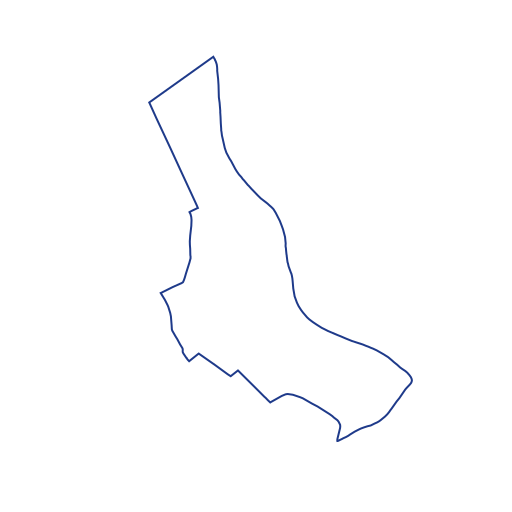 Lunca, Olt, Romania (Albers equal-area conic projection), rotated 250°
{"feature_id": "2599482B1586311708085", "entity_name": "Lunca", "entity_type": "district", "adm_level": 2, "iso_a3": "ROU", "parent_name": "Romania", "parent_adm1": "Olt", "projection": "albers", "projection_center": [24.698, 43.826], "detail": "fine", "context": "isolated", "style": "outline", "palette": "blue", "viewbox_px": 512, "rotation_deg": 250, "n_neighbors": 0, "source": "geoboundaries", "source_scale": "gbopen_adm2", "svg_char_len": 2837}
<svg xmlns="http://www.w3.org/2000/svg" viewBox="0 0 512 512"><g transform="rotate(250 256 256)"><path d="M457.8,284.0L436.8,208.2L419.7,209.5L387.0,212.4L362.7,214.4L333.1,216.9L323.4,217.7L321.0,217.8L321.0,217.3L320.4,211.1L320.0,208.5L319.9,208.5L317.8,208.8L314.8,208.5L311.8,207.7L306.4,205.5L297.8,201.2L292.4,198.8L289.1,197.7L285.2,196.6L279.3,194.6L277.8,194.3L276.0,193.6L275.2,193.0L272.6,191.2L263.5,184.2L260.2,181.8L258.2,180.2L256.5,178.6L256.3,178.3L256.0,176.9L255.3,167.2L253.8,153.8L245.9,155.4L240.1,156.1L238.3,156.2L231.8,155.9L228.4,155.4L219.7,153.0L216.4,152.0L215.6,151.8L214.3,151.8L208.0,152.9L204.7,153.6L199.0,154.4L194.7,155.3L193.8,155.3L193.0,155.1L190.9,154.3L189.4,154.4L184.5,155.6L184.0,155.9L183.8,155.8L183.2,156.0L181.8,156.4L181.2,156.7L180.0,157.2L183.6,167.8L183.9,168.8L167.6,180.2L154.5,189.0L151.7,191.1L154.6,199.9L154.4,200.0L133.2,210.0L120.7,215.8L119.5,216.5L116.5,217.8L113.5,219.3L113.7,220.2L115.7,232.4L115.9,236.4L115.6,238.2L115.2,239.1L113.0,243.2L108.2,249.2L106.3,251.3L98.2,258.1L93.5,262.4L83.5,270.1L82.2,271.1L79.4,273.0L77.6,273.9L73.9,276.3L72.2,276.9L69.8,277.2L68.5,277.3L67.1,276.9L65.6,276.2L56.5,270.1L55.2,269.4L54.3,269.2L54.2,269.5L54.7,274.6L54.9,275.6L55.1,278.6L55.5,281.2L56.1,283.4L57.2,288.7L57.8,293.5L58.0,295.7L58.0,299.1L57.9,302.0L57.9,302.4L57.5,305.8L58.0,310.1L58.2,313.0L58.6,315.2L59.1,316.9L61.0,322.3L62.4,325.3L63.9,327.8L65.2,329.6L66.2,331.2L71.2,338.4L73.4,342.1L79.5,350.6L80.5,352.4L82.6,356.6L83.5,358.1L84.0,358.7L85.0,359.5L85.9,360.0L87.3,360.2L89.1,360.1L90.6,359.7L92.2,359.2L93.6,358.6L94.3,358.4L96.8,357.0L100.2,354.5L102.0,353.3L105.3,351.6L109.1,349.3L111.7,347.9L115.7,345.6L120.2,342.1L126.1,337.1L129.1,334.1L130.2,332.8L132.4,330.5L133.9,328.7L136.3,326.1L143.3,317.1L147.9,312.0L151.4,308.3L153.9,305.5L160.8,298.1L163.7,295.4L166.0,293.2L170.8,289.5L174.5,286.8L178.2,284.4L180.9,283.0L186.8,280.8L189.8,279.9L194.3,278.9L198.2,278.5L204.9,278.5L212.7,279.9L220.1,281.9L222.5,282.5L225.3,283.0L227.4,283.2L228.3,283.1L235.1,283.1L238.2,283.5L239.3,283.5L241.7,284.0L243.8,284.5L244.8,284.7L246.3,285.1L247.1,285.2L250.7,286.1L253.2,286.8L254.6,287.0L255.8,287.4L257.7,288.2L264.0,289.8L271.7,290.5L275.6,290.5L280.8,290.4L289.8,289.3L293.7,288.5L294.6,288.2L297.1,287.0L298.5,286.2L301.4,284.7L308.5,280.2L312.7,278.2L319.1,275.4L320.6,274.7L324.6,273.1L325.5,272.6L331.2,270.6L332.7,269.9L335.2,269.2L338.3,267.9L342.0,266.9L344.9,266.3L353.6,265.1L356.7,264.4L363.2,263.5L368.2,263.6L377.5,264.8L380.8,265.2L384.3,266.0L386.1,266.3L387.1,266.7L392.7,268.3L399.0,270.3L403.5,271.6L404.4,272.0L412.4,274.2L417.9,275.4L429.3,279.2L435.5,281.0L443.4,282.9L444.6,283.4L447.0,284.1L449.3,284.6L451.2,284.7L452.9,284.7L454.1,284.5L454.7,284.6L456.6,284.2L457.8,284.0Z" fill="none" stroke="#1e3a8a" stroke-width="2"/></g></svg>